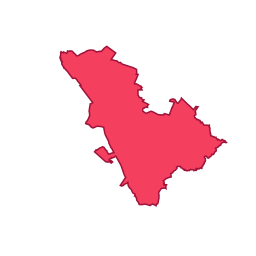 the district of Acambay de Ruíz Castañeda, México, Mexico, rotated 27°
{"feature_id": "50627088B16858103917717", "entity_name": "Acambay de Ruíz Castañeda", "entity_type": "district", "adm_level": 2, "iso_a3": "MEX", "parent_name": "Mexico", "parent_adm1": "México", "projection": "albers", "projection_center": [-99.804, 19.959], "detail": "fine", "context": "isolated", "style": "filled", "palette": "rose", "viewbox_px": 256, "rotation_deg": 27, "n_neighbors": 0, "source": "geoboundaries", "source_scale": "gbopen_adm2", "svg_char_len": 5809}
<svg xmlns="http://www.w3.org/2000/svg" viewBox="0 0 256 256"><g transform="rotate(27 128 128)"><path d="M109.0,71.9L105.4,71.9L93.7,73.7L91.5,73.0L90.1,74.0L87.7,73.2L85.6,73.9L82.4,74.4L82.1,74.7L82.0,73.7L83.0,66.7L72.0,64.9L70.5,67.8L69.4,72.0L68.6,72.3L68.3,72.2L67.8,72.7L67.4,72.9L66.2,74.0L65.6,74.1L65.2,74.6L62.0,74.3L59.5,75.4L58.4,76.0L56.4,77.8L54.8,80.6L54.1,81.2L51.6,84.6L51.4,85.3L50.1,86.8L49.6,86.9L49.0,86.9L48.3,86.5L47.0,86.0L45.4,85.7L45.2,85.5L43.1,84.9L42.7,85.2L41.3,85.5L40.7,86.5L39.1,86.8L39.6,88.7L39.4,89.4L36.1,89.5L36.0,90.5L33.7,90.4L33.7,91.2L34.9,93.5L35.2,95.6L35.5,96.3L35.9,96.0L36.3,96.3L36.4,96.2L37.0,97.1L36.7,97.5L37.7,98.4L37.9,98.3L38.4,98.7L38.7,98.4L39.5,98.8L39.1,99.6L40.1,101.2L42.2,102.5L43.3,103.0L43.4,103.6L43.6,103.7L45.3,103.9L46.4,104.5L48.4,105.1L51.6,106.8L53.2,107.4L54.0,108.0L54.6,108.1L55.7,108.8L56.5,108.9L56.8,108.5L58.4,107.5L60.8,108.4L61.5,108.9L66.7,111.2L65.9,112.1L85.0,121.4L84.0,123.4L83.4,123.6L84.7,127.8L85.7,130.6L85.9,131.0L86.9,132.1L88.4,134.9L88.3,135.9L88.5,138.0L88.4,139.7L88.3,140.8L88.0,141.5L88.2,143.2L88.9,143.4L89.6,143.0L91.1,143.0L91.6,142.5L94.7,143.9L96.8,143.9L99.8,140.3L101.6,139.7L103.1,139.0L106.0,138.4L109.0,142.3L111.0,144.5L116.7,148.6L118.1,150.4L118.7,150.7L118.9,151.0L119.5,151.5L120.4,151.9L121.3,153.0L123.3,153.8L123.5,154.1L126.7,156.4L125.3,157.4L122.7,160.1L121.5,159.5L119.9,158.4L119.6,158.0L119.0,157.7L118.7,157.8L118.6,157.7L118.0,157.7L117.3,157.1L116.8,157.1L115.5,156.2L113.9,156.2L111.4,159.5L110.5,161.6L109.5,161.9L109.8,162.5L109.2,163.3L109.0,164.4L123.6,168.2L125.1,167.5L125.4,167.6L127.5,166.3L128.9,166.9L129.7,165.3L129.0,165.0L128.7,165.3L128.5,165.2L128.3,165.4L127.8,164.8L127.3,165.5L126.3,164.8L126.0,165.3L125.5,164.9L126.8,162.0L127.3,162.2L128.4,160.6L128.7,160.7L129.9,158.6L137.4,163.5L139.3,165.0L145.5,171.0L147.5,172.6L148.3,173.0L147.2,182.7L148.5,182.7L148.9,182.3L149.0,182.1L149.5,181.8L149.6,181.4L150.0,181.3L150.1,180.9L150.0,180.6L150.5,179.6L151.9,177.9L152.5,176.5L154.4,179.3L156.1,180.3L156.6,180.8L157.1,180.7L158.8,181.3L161.6,183.6L164.3,183.8L164.5,184.6L164.9,184.9L164.9,185.2L165.1,185.0L165.4,185.5L166.9,186.2L167.0,186.5L168.0,187.4L168.4,188.2L169.2,188.7L171.3,189.7L172.7,191.1L175.3,189.9L177.5,188.2L179.5,187.6L182.8,187.1L184.3,184.5L188.3,184.5L188.0,183.5L188.0,183.0L188.2,182.5L188.9,182.1L188.2,179.2L187.4,176.3L186.8,175.4L186.4,174.2L185.2,172.7L184.6,171.2L184.7,170.4L185.1,166.7L188.1,164.8L188.9,164.6L189.3,164.7L187.7,161.9L188.3,161.2L188.2,161.0L187.1,161.5L186.6,162.2L186.3,162.4L185.8,161.6L185.5,161.9L185.1,161.6L184.9,161.1L185.0,160.5L184.9,159.8L183.4,159.0L184.7,156.6L184.6,156.1L184.9,155.8L186.4,154.0L188.7,152.0L186.8,149.2L187.2,149.1L187.3,148.6L188.1,147.6L188.2,147.0L188.1,146.5L188.2,145.8L189.3,144.2L190.0,141.9L189.5,141.1L189.0,140.7L190.3,139.3L191.0,139.0L191.6,138.9L192.2,138.4L192.8,139.0L193.3,139.4L194.8,139.2L195.3,139.5L196.0,139.7L196.5,139.4L196.9,139.8L197.4,139.4L197.6,139.6L197.6,140.0L197.8,140.0L198.0,139.9L197.8,139.8L197.9,139.7L198.3,139.5L198.6,139.2L199.2,139.5L199.5,139.5L200.6,139.0L201.1,138.3L202.0,138.0L202.0,137.6L202.6,136.5L203.0,136.7L204.2,135.9L205.4,135.7L205.7,135.7L206.1,136.1L206.3,135.9L206.8,134.9L207.3,135.1L207.9,135.0L208.1,134.7L208.1,133.6L207.2,133.2L207.6,132.8L208.3,133.1L208.7,133.0L209.2,132.6L209.3,132.2L210.1,132.0L210.2,131.2L210.9,130.7L211.0,130.4L211.7,130.7L212.0,130.6L212.1,130.0L211.7,129.5L211.4,128.3L212.0,127.6L211.8,127.3L211.7,126.5L211.8,125.7L212.1,125.5L212.1,125.1L211.8,124.5L211.7,123.6L212.1,122.9L211.6,121.5L210.9,120.6L210.9,120.1L209.8,119.7L209.1,119.1L209.1,118.8L209.6,118.0L210.3,117.7L211.2,117.7L211.5,118.1L213.1,118.5L213.5,118.1L214.9,114.7L214.6,113.6L214.7,113.4L214.8,113.2L215.3,113.3L215.7,113.2L216.2,112.6L216.3,110.0L216.4,109.5L217.0,108.6L216.4,107.1L215.8,106.8L215.2,106.2L215.6,106.0L215.7,105.5L216.3,105.0L217.0,103.9L216.9,103.5L217.4,102.5L217.4,102.3L217.5,102.0L217.9,101.9L218.3,101.0L218.2,99.6L218.7,98.1L220.4,96.8L220.7,96.8L221.1,96.6L221.4,96.7L221.6,96.4L222.2,96.4L222.3,96.2L221.3,96.1L220.8,95.8L220.7,95.6L219.9,95.3L219.3,95.7L217.1,95.4L216.7,95.9L216.3,97.0L215.8,97.5L215.4,97.3L213.7,97.0L213.4,97.6L213.2,97.3L212.7,97.2L212.3,97.5L211.7,97.1L210.8,96.9L210.6,96.4L210.1,96.8L209.5,96.9L209.0,96.7L208.0,97.2L207.6,96.9L206.2,97.2L205.6,97.1L205.2,97.3L204.9,96.8L204.3,95.6L204.0,95.7L203.0,94.2L202.3,93.6L202.2,93.0L201.6,92.3L201.4,91.5L201.0,90.8L200.6,90.5L200.4,90.6L199.6,89.7L199.3,89.5L199.5,89.0L199.2,88.5L198.3,89.2L196.6,89.8L195.2,90.6L194.3,90.8L193.8,90.7L191.5,89.1L191.3,89.1L190.9,89.4L191.2,89.6L191.0,90.1L190.2,90.2L189.7,89.9L189.7,89.7L189.4,89.0L188.5,88.6L188.3,88.8L186.1,88.7L185.9,88.8L185.7,89.3L183.2,88.3L182.9,88.5L182.2,87.9L181.5,86.7L182.4,85.4L181.9,85.1L181.9,84.6L181.5,84.2L181.2,83.4L180.7,83.3L180.7,82.9L180.2,82.2L180.3,80.7L180.1,80.4L180.2,79.9L180.3,79.6L180.6,79.6L180.7,79.3L180.5,78.2L180.8,77.4L178.7,78.0L178.0,82.0L173.4,80.5L170.2,79.7L162.0,77.1L162.3,78.9L161.2,83.4L161.0,83.5L159.7,83.1L156.7,81.3L156.2,81.6L155.3,81.6L154.7,81.8L153.6,82.8L152.7,84.1L153.0,85.2L157.5,84.0L158.2,89.6L157.9,89.6L158.9,97.6L153.8,98.7L154.0,99.9L152.4,100.8L152.0,101.3L150.8,101.5L148.9,102.4L143.2,102.3L140.9,102.6L137.5,106.7L133.6,106.4L132.7,104.8L132.5,103.5L133.4,103.0L133.8,101.9L134.7,101.2L134.9,100.9L136.0,100.7L135.4,100.0L135.3,98.9L135.6,97.7L129.0,97.7L129.5,95.7L128.1,96.1L126.2,95.4L126.2,95.0L124.2,95.6L123.2,94.8L121.9,94.1L119.6,89.5L123.2,87.7L122.7,87.3L121.6,87.0L121.9,85.7L121.5,85.9L120.9,84.9L118.2,85.0L115.7,84.8L113.8,85.7L113.3,84.7L113.4,83.4L113.2,82.5L113.1,79.8L113.0,79.5L112.7,75.7L110.9,76.3L111.1,75.5L109.0,71.9Z" fill="#f43f5e" stroke="#9f1239" stroke-width="1.5"/></g></svg>